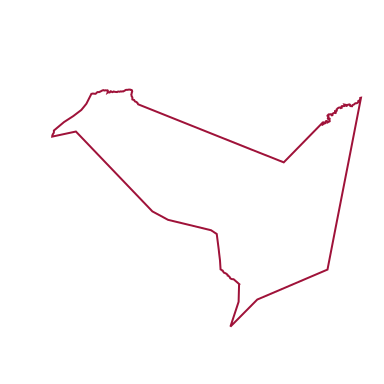 Markham District, Morobe, Papua New Guinea (Natural Earth projection), rotated 101°
{"feature_id": "67681753B75894454378558", "entity_name": "Markham District", "entity_type": "district", "adm_level": 2, "iso_a3": "PNG", "parent_name": "Papua New Guinea", "parent_adm1": "Morobe", "projection": "natural_earth1", "projection_center": [146.054, -6.474], "detail": "fine", "context": "isolated", "style": "outline", "palette": "rose", "viewbox_px": 384, "rotation_deg": 101, "n_neighbors": 0, "source": "geoboundaries", "source_scale": "gbopen_adm2", "svg_char_len": 3439}
<svg xmlns="http://www.w3.org/2000/svg" viewBox="0 0 384 384"><g transform="rotate(101 192 192)"><path d="M262.5,149.2L262.7,148.7L262.9,147.9L263.4,147.3L263.4,146.8L263.7,146.6L264.4,146.0L265.0,145.3L265.2,145.0L265.2,144.3L265.4,143.7L265.7,142.6L266.4,141.5L267.2,141.1L267.1,140.6L267.6,140.0L267.9,139.3L268.5,138.6L269.4,138.0L269.7,137.2L269.9,136.1L269.7,134.5L273.4,128.1L273.5,128.2L290.9,125.3L316.8,128.6L285.1,107.4L242.3,44.2L209.7,44.2L194.7,44.2L123.8,44.1L67.2,44.1L67.5,44.8L68.3,44.7L68.7,44.7L70.2,45.1L70.4,45.3L70.9,46.1L72.2,46.1L72.7,46.4L73.2,46.9L73.6,47.7L73.7,48.5L74.2,49.0L74.9,49.4L76.2,51.1L77.2,51.2L77.4,52.3L77.4,52.9L77.0,53.5L76.3,53.5L76.0,53.9L76.0,54.3L76.8,55.9L77.2,56.3L77.8,56.4L78.0,56.7L77.8,57.1L77.1,57.2L77.1,59.1L78.1,58.3L78.5,58.6L78.5,59.3L78.9,59.9L79.0,61.1L79.4,61.5L80.0,61.4L80.7,61.1L81.3,62.0L80.8,62.9L81.1,63.9L82.2,65.1L83.1,65.5L83.4,65.8L84.4,65.4L84.8,65.5L85.3,65.9L85.3,67.0L85.6,67.0L86.1,66.9L86.9,66.0L87.1,66.1L87.1,67.2L87.5,68.0L88.2,68.8L88.7,69.1L89.3,68.8L89.8,68.8L90.0,69.1L90.1,69.3L89.9,69.7L89.2,70.5L89.3,71.2L89.6,71.6L89.7,72.6L90.0,72.9L90.3,73.0L91.1,73.6L91.4,73.5L91.4,72.7L91.6,72.5L93.4,72.7L94.0,72.7L94.3,72.4L94.3,72.0L94.2,71.8L93.7,71.7L93.5,71.2L93.8,70.8L94.3,70.8L94.7,70.9L95.1,70.9L96.1,70.3L96.3,70.3L96.7,70.7L96.8,71.1L97.7,72.0L97.0,72.4L96.7,72.9L96.7,73.7L97.0,74.1L97.6,74.2L98.1,74.0L98.7,73.9L99.1,74.4L99.0,74.9L98.6,75.4L98.5,76.2L98.7,76.7L98.8,76.9L99.1,76.9L99.2,76.5L99.2,76.0L99.5,75.7L99.8,75.5L100.1,75.8L100.2,76.3L100.5,76.6L100.9,76.6L101.2,76.9L100.9,77.9L100.5,78.0L145.4,107.6L138.8,142.8L126.8,205.9L116.2,261.6L115.5,262.1L115.1,262.4L114.8,263.1L114.3,263.5L114.2,264.0L114.1,264.5L114.0,265.2L113.8,265.5L112.8,266.3L112.7,267.2L112.5,268.2L111.5,268.4L110.5,268.6L109.4,269.6L108.9,269.7L108.3,270.0L107.9,270.2L107.7,270.2L107.2,270.0L106.4,270.1L105.9,270.0L105.5,270.1L105.3,270.0L105.0,269.9L104.7,269.9L104.2,270.1L103.7,270.3L103.6,270.5L103.4,270.8L103.4,271.1L103.4,271.5L103.5,271.8L103.3,272.2L103.3,272.5L103.4,273.0L103.5,273.5L103.7,274.0L103.9,274.4L104.0,274.6L104.1,275.4L104.3,276.0L104.4,276.4L104.7,276.8L105.1,277.2L105.4,277.4L105.6,277.7L105.8,278.0L106.1,278.3L106.3,278.5L106.4,278.9L106.4,279.3L106.6,279.7L106.8,280.1L106.8,280.5L106.8,280.8L106.8,281.1L107.2,281.8L107.4,282.2L107.4,282.8L107.4,283.3L107.6,283.8L107.7,284.1L108.0,284.4L108.2,284.6L108.3,285.7L108.4,286.4L108.4,287.1L108.3,287.7L108.3,288.1L108.4,288.3L108.8,288.5L109.0,288.9L109.2,289.3L109.1,289.6L108.9,290.2L108.7,290.6L108.6,291.0L109.0,291.4L109.4,291.6L109.8,291.6L110.0,291.9L110.1,292.6L110.1,293.2L110.2,293.5L110.5,293.8L109.7,293.7L109.3,293.8L108.7,293.9L108.5,294.0L108.3,294.3L108.4,294.7L108.7,295.3L108.6,296.0L108.7,296.4L108.9,296.8L109.1,297.3L109.1,297.8L108.9,298.1L108.9,298.3L109.2,299.0L109.4,299.4L109.9,299.9L110.3,300.4L110.5,300.7L110.7,300.9L110.8,301.2L111.1,301.4L111.7,302.3L111.8,303.1L111.9,303.6L112.0,303.8L112.4,304.2L112.6,304.5L113.3,304.8L113.7,305.1L114.0,305.5L114.1,306.1L114.2,306.6L114.2,307.3L114.3,308.0L114.4,308.5L114.9,309.3L114.9,309.5L125.5,312.5L129.1,314.4L132.6,316.3L140.1,323.0L147.8,331.0L158.0,339.3L158.9,339.1L159.8,339.0L160.7,339.1L161.7,339.6L163.1,339.9L164.3,339.8L154.8,317.5L218.6,227.2L223.9,210.2L224.8,189.7L225.9,166.0L228.5,159.7L243.3,154.8L246.9,153.7L253.7,151.5L262.5,149.2Z" fill="none" stroke="#9f1239" stroke-width="2"/></g></svg>